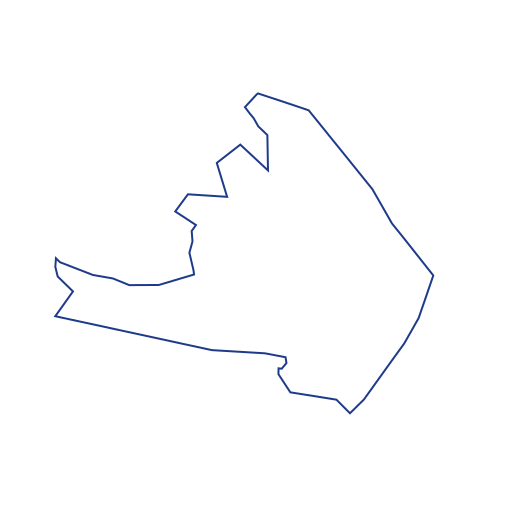 Miquihuana, Tamaulipas, Mexico (Albers equal-area conic projection), rotated 120°
{"feature_id": "50627088B38800884895264", "entity_name": "Miquihuana", "entity_type": "district", "adm_level": 2, "iso_a3": "MEX", "parent_name": "Mexico", "parent_adm1": "Tamaulipas", "projection": "albers", "projection_center": [-99.777, 23.588], "detail": "fine", "context": "isolated", "style": "outline", "palette": "blue", "viewbox_px": 512, "rotation_deg": 120, "n_neighbors": 0, "source": "geoboundaries", "source_scale": "gbopen_adm2", "svg_char_len": 968}
<svg xmlns="http://www.w3.org/2000/svg" viewBox="0 0 512 512"><g transform="rotate(120 256 256)"><path d="M166.5,137.3L159.8,154.6L153.7,165.0L140.0,188.5L121.3,236.9L114.9,253.6L111.7,261.8L111.6,262.1L103.5,283.2L106.4,297.8L112.7,328.3L114.2,335.5L115.7,336.2L132.6,340.0L135.7,332.7L137.8,327.0L142.6,318.8L145.6,306.6L175.9,288.4L167.4,325.3L195.0,336.5L219.2,310.6L236.6,345.8L238.5,346.0L240.1,346.2L257.8,348.2L259.2,323.5L266.5,324.2L275.1,318.3L286.5,315.3L299.6,303.0L303.0,300.4L329.7,325.7L344.6,351.2L347.0,368.7L354.0,387.8L359.4,422.7L358.0,428.1L365.9,424.3L366.9,423.2L367.9,422.3L372.9,417.5L378.2,396.8L408.5,399.7L359.6,247.2L335.8,199.6L328.9,179.8L333.5,176.1L340.8,177.4L342.0,180.3L347.1,177.5L356.9,158.1L340.2,114.5L345.2,96.0L341.6,95.0L340.9,94.8L326.4,90.8L305.2,88.7L276.0,85.8L257.7,83.9L242.2,84.0L231.6,84.1L228.5,84.1L205.2,88.6L199.6,89.7L184.3,92.7L183.7,94.0L166.5,137.3Z" fill="none" stroke="#1e3a8a" stroke-width="2"/></g></svg>